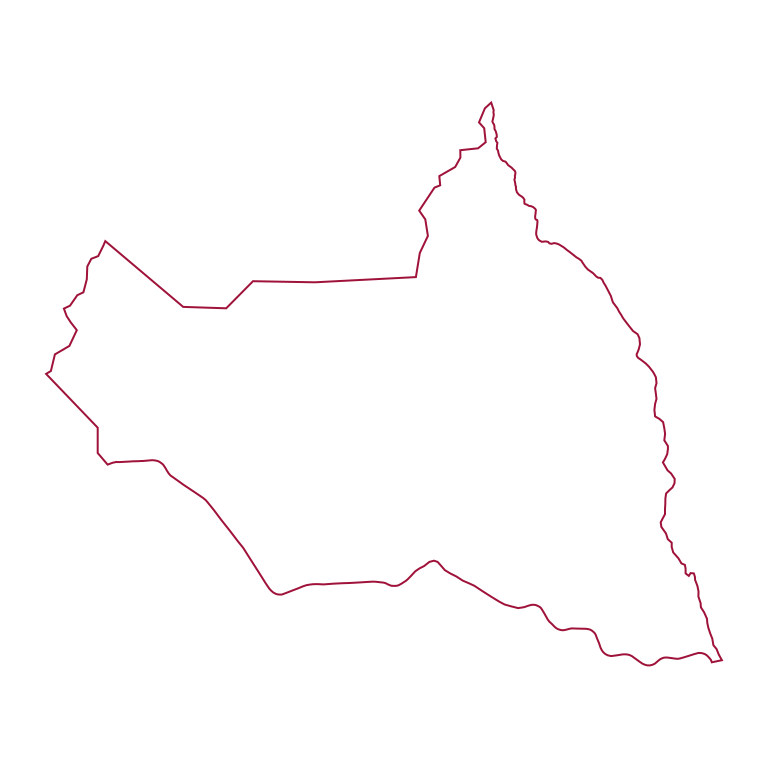 Cardona, Soriano, Uruguay (Albers equal-area conic projection)
{"feature_id": "84410073B72451431142399", "entity_name": "Cardona", "entity_type": "district", "adm_level": 2, "iso_a3": "URY", "parent_name": "Uruguay", "parent_adm1": "Soriano", "projection": "albers", "projection_center": [-57.207, -33.843], "detail": "fine", "context": "isolated", "style": "outline", "palette": "rose", "viewbox_px": 768, "rotation_deg": 0, "n_neighbors": 0, "source": "geoboundaries", "source_scale": "gbopen_adm2", "svg_char_len": 5114}
<svg xmlns="http://www.w3.org/2000/svg" viewBox="0 0 768 768"><path d="M406.1,580.7L408.2,578.8L411.0,575.9L415.0,571.6L415.4,571.2L419.5,568.4L424.2,566.0L429.4,561.9L434.0,560.7L437.6,561.9L441.2,565.9L444.8,570.1L450.2,573.4L456.6,576.6L462.7,580.6L469.0,583.3L474.4,585.8L483.0,591.5L491.5,596.9L499.0,601.5L504.6,604.5L511.0,606.3L518.1,608.1L524.0,607.2L529.0,605.5L531.9,604.8L534.6,604.8L536.5,605.3L538.6,606.3L540.5,607.5L541.9,609.4L544.2,613.2L547.6,619.3L548.2,620.1L549.2,621.5L552.1,624.2L554.7,626.9L556.2,628.1L557.9,629.1L560.0,629.8L561.9,630.2L563.1,630.2L564.2,630.1L567.0,629.5L569.5,628.8L571.6,628.4L577.4,628.6L586.0,628.8L587.6,629.0L589.3,629.4L590.5,629.8L592.0,630.7L593.2,631.7L594.3,632.7L595.0,633.6L595.7,634.8L596.8,637.8L599.1,643.3L600.5,647.6L601.8,650.2L603.0,651.9L604.5,653.4L605.8,654.3L607.7,655.3L610.7,656.0L612.0,656.0L613.3,655.8L617.7,655.2L622.6,654.4L625.3,654.3L628.0,654.6L630.0,655.2L632.0,656.2L639.0,661.3L642.5,663.7L644.1,664.4L645.7,665.0L647.7,665.4L649.9,665.4L652.4,664.8L654.8,663.7L658.3,660.7L660.2,659.2L662.3,658.2L663.9,657.7L665.5,657.5L668.0,657.6L670.8,658.0L675.8,658.7L677.9,658.8L679.8,658.5L683.4,657.5L688.6,655.9L693.9,654.2L698.6,652.9L701.7,653.1L703.5,653.6L705.1,654.2L707.0,655.5L709.1,657.7L710.0,658.7L711.0,660.1L711.8,662.3L721.9,660.2L718.7,654.4L716.6,649.1L713.4,645.2L712.3,638.7L710.2,633.4L708.4,628.0L707.3,623.0L707.0,618.8L704.1,612.3L700.9,607.3L700.6,603.1L698.4,596.6L698.5,591.3L697.4,585.9L695.1,579.9L694.9,576.7L693.8,573.4L690.6,573.1L688.8,575.9L685.6,573.4L685.6,568.8L684.9,564.9L681.4,563.4L678.5,558.4L673.2,552.4L671.7,547.0L671.7,542.7L667.8,539.2L666.0,533.5L661.4,527.0L660.7,522.4L662.3,519.2L665.0,514.2L665.0,509.2L665.3,504.2L665.4,498.5L666.1,493.5L669.3,490.3L672.5,487.4L674.5,483.2L674.7,478.9L671.1,473.5L667.5,470.3L665.0,466.0L662.9,462.4L665.0,458.9L667.2,454.2L667.9,449.2L667.9,446.0L664.3,440.3L665.1,433.9L664.3,428.2L663.1,422.1L659.4,418.9L655.1,416.4L654.4,409.9L655.1,403.9L656.5,398.9L655.8,393.2L655.1,388.2L656.5,383.2L655.9,377.3L654.7,374.9L653.1,372.0L648.9,366.6L645.8,363.5L640.6,359.5L638.3,358.0L636.9,356.2L636.6,354.4L637.4,352.7L638.7,349.4L640.0,344.3L639.4,338.1L637.6,334.2L633.0,331.0L627.6,324.2L623.0,318.1L621.2,314.9L619.1,311.7L617.4,308.3L615.0,305.1L613.0,302.5L612.0,299.7L610.9,296.0L607.0,288.5L605.5,285.6L603.7,282.8L602.3,279.8L600.4,277.9L598.1,277.7L596.4,276.6L593.1,273.2L588.0,269.6L585.4,266.8L583.6,264.2L582.3,262.3L581.4,260.7L578.9,258.8L576.4,257.3L570.2,252.4L566.8,249.9L563.8,247.4L559.1,244.5L556.5,243.5L554.1,243.1L553.0,243.4L551.5,243.8L549.5,243.4L548.1,241.9L545.7,241.4L541.8,241.8L539.3,240.4L538.0,239.1L537.2,237.7L536.2,234.5L536.2,232.2L536.5,230.0L537.0,227.0L537.3,223.8L537.5,221.4L537.2,220.1L536.0,219.6L535.3,218.7L535.1,216.6L535.5,213.9L535.9,210.0L535.2,208.8L533.2,207.1L531.1,206.2L529.0,205.9L527.0,204.7L525.2,204.1L524.5,203.6L524.3,201.5L524.4,199.5L523.0,197.6L521.2,196.2L518.9,194.7L517.7,193.2L516.9,192.3L516.7,191.3L516.3,190.5L515.9,188.0L516.0,186.5L515.5,185.7L515.3,183.8L514.4,179.4L515.0,177.9L514.9,175.5L515.3,174.4L515.4,172.3L514.9,171.0L511.4,167.5L508.2,165.2L505.7,161.8L504.4,161.3L502.9,160.9L501.2,159.4L499.1,155.3L498.4,152.8L498.0,150.5L496.8,148.8L497.0,145.2L497.4,142.9L496.2,141.2L495.4,138.4L496.8,137.0L496.7,134.7L495.8,131.4L494.5,129.0L494.4,126.0L494.0,124.5L492.9,122.8L492.4,121.5L493.5,116.7L493.8,114.7L493.4,112.1L493.7,110.1L491.2,102.6L484.9,108.3L479.0,122.4L484.2,128.2L485.7,142.2L478.1,148.3L460.3,150.2L460.4,157.6L455.2,167.0L439.3,176.1L440.2,185.3L434.5,187.6L419.2,210.6L425.3,219.4L427.9,235.9L419.8,253.0L415.9,277.1L314.9,282.3L253.0,281.2L226.2,308.3L183.2,306.9L105.3,241.1L103.2,246.0L98.2,256.1L91.3,258.8L87.3,266.5L86.8,279.3L83.4,292.3L77.3,295.2L70.0,305.7L63.9,308.6L66.7,316.2L70.7,322.3L76.8,330.2L69.4,345.9L54.9,354.4L50.9,371.0L46.1,373.9L97.7,427.7L97.7,453.0L107.6,464.6L113.1,462.6L113.5,462.5L113.9,462.5L114.4,462.4L114.9,462.3L115.3,462.2L115.6,462.1L116.0,461.9L116.4,462.0L118.7,462.1L121.1,462.0L131.9,461.4L133.1,461.3L137.7,461.2L138.3,461.2L141.1,461.0L142.5,461.0L145.2,460.8L146.2,460.7L150.7,460.3L152.3,460.2L153.7,460.3L154.6,460.4L155.9,460.6L157.6,461.0L159.0,461.6L160.3,462.4L161.4,463.2L162.8,464.3L163.7,465.4L164.2,466.2L164.7,467.0L165.8,468.6L166.8,470.5L167.6,471.7L168.2,472.7L169.0,473.8L169.8,474.7L170.7,475.7L171.8,476.4L173.5,477.6L183.4,484.7L195.7,492.9L203.3,498.1L205.7,500.1L208.0,502.8L213.9,510.1L221.8,520.6L230.5,531.6L237.9,541.3L243.3,548.0L245.5,551.5L250.5,559.4L258.5,571.9L266.0,583.8L269.3,588.6L271.2,590.7L273.3,592.5L275.7,593.8L277.7,594.4L280.1,594.6L282.0,594.5L284.4,593.6L288.1,592.2L292.7,590.4L298.0,588.4L302.8,586.4L306.4,585.2L309.7,584.6L313.1,584.2L317.1,584.1L323.8,584.4L333.1,583.7L342.8,583.2L349.5,583.0L360.3,582.4L368.1,581.9L371.9,581.7L374.7,581.7L376.1,581.8L381.4,582.4L383.4,582.6L385.1,583.0L386.5,583.6L387.5,584.2L389.6,585.1L391.5,585.8L395.6,585.9L397.0,585.7L398.5,585.3L399.6,584.7L401.1,583.9L406.1,580.7Z" fill="none" stroke="#9f1239" stroke-width="2"/></svg>